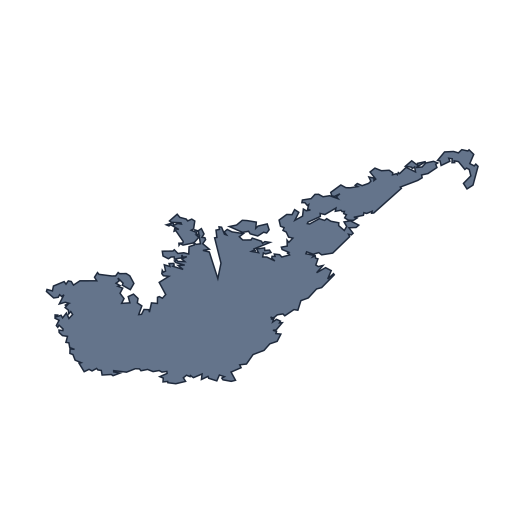 the district of Askøy nor, Hordaland, Norway, rotated 103°
{"feature_id": "86288312B29517582925264", "entity_name": "Askøy nor", "entity_type": "district", "adm_level": 2, "iso_a3": "NOR", "parent_name": "Norway", "parent_adm1": "Hordaland", "projection": "mercator", "projection_center": [5.11, 60.485], "detail": "fine", "context": "isolated", "style": "filled", "palette": "slate", "viewbox_px": 512, "rotation_deg": 103, "n_neighbors": 0, "source": "geoboundaries", "source_scale": "gbopen_adm2", "svg_char_len": 6131}
<svg xmlns="http://www.w3.org/2000/svg" viewBox="0 0 512 512"><g transform="rotate(103 256 256)"><path d="M129.1,99.6L126.2,101.6L124.5,99.9L123.8,104.3L127.2,111.5L131.9,114.2L133.8,119.9L125.8,111.9L129.4,119.5L131.4,118.7L128.2,125.7L134.9,130.6L134.5,124.3L135.6,123.5L133.6,121.4L138.2,119.5L135.9,129.7L143.4,134.6L142.7,136.1L145.0,136.5L144.3,137.8L146.2,141.3L144.2,141.4L142.5,145.5L144.7,153.0L143.6,159.9L148.5,163.8L154.1,156.6L156.0,158.1L153.6,158.6L153.6,163.8L157.3,160.9L159.9,162.6L163.6,168.4L162.6,173.6L164.8,175.3L165.5,172.5L168.4,179.7L169.2,183.8L167.7,189.3L177.2,197.5L180.3,195.7L180.3,193.0L176.5,188.2L180.2,191.0L181.7,189.0L180.7,197.8L183.2,204.0L181.8,208.9L182.7,212.4L187.7,215.2L191.0,223.4L193.7,223.3L193.0,220.4L195.2,217.4L194.0,216.2L198.9,216.2L199.0,213.3L200.6,217.2L199.6,220.4L206.7,219.6L212.5,226.2L203.8,224.1L202.1,228.8L207.6,230.2L208.6,235.4L215.8,241.6L221.5,238.8L222.0,235.0L225.0,235.5L225.9,231.9L230.3,228.5L230.3,224.1L235.3,227.1L233.6,229.3L239.3,227.8L241.7,233.3L243.8,232.0L245.0,224.8L246.7,226.5L245.8,225.3L247.4,223.5L251.2,230.6L249.4,233.3L250.0,238.6L252.1,237.3L252.7,240.3L254.6,240.1L256.6,236.5L254.6,245.2L255.4,249.3L251.4,249.5L251.9,247.1L249.2,242.2L247.2,244.2L248.6,248.7L246.2,249.5L249.0,257.0L252.2,254.2L252.6,261.6L250.5,259.1L251.4,257.4L249.5,259.5L239.6,245.4L240.0,250.6L242.2,252.5L240.4,253.9L239.4,263.7L241.5,264.5L243.4,272.5L241.0,276.6L237.0,273.3L237.9,284.7L236.6,290.0L239.7,292.4L242.1,289.5L241.9,291.6L235.7,296.0L235.9,298.6L238.3,297.6L239.8,300.8L246.7,298.3L247.6,300.4L270.9,288.5L286.6,288.1L262.6,302.4L262.5,309.0L259.9,303.0L256.0,310.7L251.4,308.8L249.7,309.9L250.0,312.9L246.2,311.6L241.6,315.4L244.3,317.9L256.6,312.9L258.1,316.9L257.3,319.5L259.1,318.6L262.0,323.3L269.2,322.0L269.1,327.1L271.1,332.7L268.3,337.0L269.9,338.1L272.4,348.4L276.9,346.6L278.4,340.7L276.1,338.5L275.3,335.6L277.4,334.8L274.4,327.9L271.6,328.5L273.6,326.8L272.2,323.3L275.6,327.6L277.5,324.1L278.8,330.9L277.8,332.4L279.2,334.4L280.5,332.5L280.9,323.4L282.7,329.8L285.5,324.0L284.7,334.7L283.5,333.7L281.7,334.4L282.9,339.0L285.6,337.5L285.2,343.4L291.1,340.7L292.5,342.6L291.0,344.1L294.4,343.8L296.1,341.8L295.4,336.3L303.5,344.4L313.9,335.3L318.2,337.7L317.3,341.1L318.4,342.7L324.4,341.4L325.2,347.3L334.7,347.2L332.4,348.3L333.3,353.1L338.6,354.4L339.5,357.1L330.3,356.0L328.4,361.1L323.9,361.4L320.7,366.8L324.3,371.4L330.0,368.3L332.4,376.3L327.2,375.0L322.9,380.1L317.3,378.6L316.6,383.7L315.4,382.0L314.0,386.3L311.1,383.8L308.5,385.6L312.4,379.4L314.5,379.7L317.1,370.9L310.2,368.8L303.7,374.5L302.3,378.5L303.9,385.0L303.1,386.6L307.0,388.3L307.9,391.9L309.2,404.9L307.8,406.7L313.0,408.6L316.0,405.6L319.8,422.0L325.4,427.3L322.4,430.3L322.5,433.3L326.2,434.8L324.1,437.2L330.8,446.6L335.8,446.5L335.6,452.1L337.7,452.2L342.4,443.7L340.7,439.4L337.9,438.6L339.2,436.3L337.0,434.4L347.0,436.9L344.0,431.5L344.1,427.5L347.1,431.3L346.0,428.7L349.2,430.4L350.9,426.7L354.5,425.4L351.8,424.0L354.2,421.5L359.0,424.2L354.2,427.9L359.8,430.5L357.6,432.6L360.1,436.8L358.2,436.1L358.6,438.5L361.9,437.8L362.9,433.4L368.7,434.9L370.1,433.1L367.7,432.4L370.5,427.6L372.1,427.4L372.5,431.3L374.8,430.6L377.1,426.7L376.7,421.6L382.9,421.8L382.7,418.8L387.1,416.9L387.8,411.8L388.4,416.3L392.8,415.4L393.2,412.2L398.2,408.8L399.3,402.4L400.3,404.3L407.4,397.4L404.0,393.2L404.9,389.9L401.4,386.0L402.6,384.5L402.3,381.0L406.6,379.2L404.0,370.3L404.8,368.4L400.7,362.2L401.0,368.6L399.7,368.9L398.3,356.0L393.0,348.3L392.2,344.1L393.7,342.3L390.9,336.1L391.8,330.3L389.4,324.6L390.3,321.5L388.5,316.9L390.4,316.2L395.2,322.6L395.8,318.9L399.6,318.3L398.1,313.8L399.3,313.4L398.5,305.4L394.0,296.4L391.0,299.4L387.8,296.9L388.4,293.1L387.2,293.0L388.6,289.6L383.1,282.0L388.6,281.4L384.1,275.7L385.8,274.6L386.5,266.1L380.2,264.9L380.7,259.6L382.7,261.9L384.1,260.3L383.7,251.9L381.7,248.0L374.7,254.2L368.2,245.4L365.7,247.4L363.4,241.0L352.7,236.7L346.1,226.9L338.5,222.8L334.4,216.2L326.5,214.2L327.1,219.2L324.8,219.0L324.6,222.8L323.4,219.7L315.1,215.4L315.9,218.1L314.0,217.5L313.1,221.7L316.6,224.9L313.8,224.7L314.0,227.4L313.1,225.4L312.9,226.9L311.9,228.1L312.7,226.6L311.7,224.3L308.5,222.0L306.4,216.8L307.8,214.5L299.7,207.0L299.4,203.0L289.4,202.2L285.1,195.6L274.5,189.6L272.0,184.9L256.7,175.5L255.8,176.5L262.3,181.0L253.3,179.4L251.7,185.6L258.7,193.2L250.2,188.6L252.3,193.0L251.3,195.7L244.8,195.0L244.7,197.5L242.6,198.3L244.1,200.5L242.3,199.6L242.6,207.9L240.5,207.6L241.4,200.7L238.6,195.6L240.1,192.3L235.9,181.9L216.1,169.1L214.0,170.8L214.0,167.9L212.0,166.5L207.6,171.8L205.7,164.9L202.8,162.8L200.5,171.9L203.0,177.9L206.8,174.3L211.3,175.7L207.8,182.3L205.0,182.8L205.3,190.9L203.7,195.5L205.9,197.2L205.4,202.7L212.8,211.0L212.9,213.3L211.3,213.0L203.0,202.2L200.1,203.1L200.1,198.2L191.3,188.9L194.6,188.8L192.3,183.5L193.4,182.0L192.7,179.9L195.0,180.1L195.4,177.2L198.9,178.2L200.3,174.1L199.3,169.0L196.3,166.1L196.2,169.4L192.2,160.5L189.5,160.6L189.7,157.8L186.3,152.9L188.3,153.0L187.6,150.9L157.4,129.6L156.4,130.9L146.0,115.4L142.4,111.7L139.8,112.9L137.0,107.0L129.1,99.6ZM118.7,59.8L117.0,62.5L119.1,63.6L117.9,68.5L108.0,66.7L104.6,72.3L106.0,73.2L106.1,79.4L110.0,82.0L109.7,87.0L112.2,95.7L122.0,100.6L122.0,98.0L126.2,96.0L120.1,88.4L117.4,90.2L117.1,86.7L121.0,86.0L120.3,83.4L118.7,84.2L118.5,79.9L124.7,72.0L123.0,70.6L123.7,67.7L129.6,64.7L138.6,70.2L143.2,65.5L138.1,60.5L118.7,59.8ZM257.1,319.4L250.7,316.0L249.0,319.0L248.3,316.8L247.5,319.4L244.5,318.8L244.3,321.4L246.2,320.8L245.5,325.0L243.7,322.9L235.7,323.5L234.5,326.9L237.2,330.5L235.7,332.3L235.5,338.9L233.0,342.2L241.3,348.2L242.2,346.0L240.5,336.6L241.7,335.8L241.9,339.5L244.5,343.0L242.3,344.4L245.8,350.4L246.3,347.6L244.8,346.1L247.5,337.2L247.7,341.4L250.3,341.4L249.3,339.9L258.2,330.2L259.8,330.2L260.9,334.0L262.8,333.4L261.0,332.7L261.8,329.6L257.1,319.4ZM227.5,249.1L222.2,252.3L226.4,260.8L229.1,262.5L222.9,263.3L223.5,272.8L224.3,277.4L230.2,281.9L233.3,288.6L236.0,274.4L233.6,268.8L235.7,266.6L236.1,258.8L231.1,253.9L231.2,250.8L227.5,249.1Z" fill="#64748b" stroke="#1e293b" stroke-width="1.5"/></g></svg>